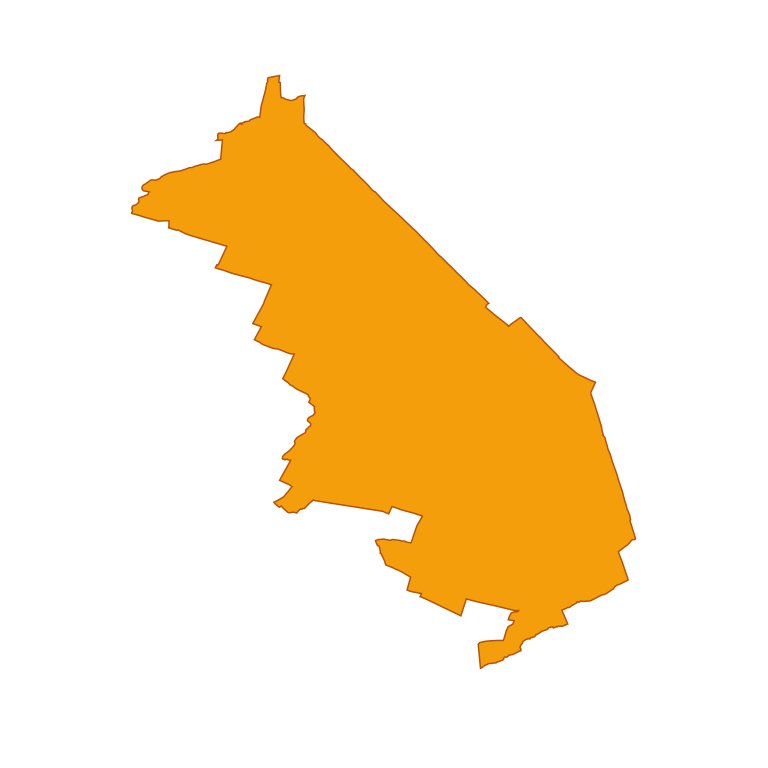 Plugari, Iasi, Romania (Natural Earth projection), rotated 139°
{"feature_id": "2599482B58803848767416", "entity_name": "Plugari", "entity_type": "district", "adm_level": 2, "iso_a3": "ROU", "parent_name": "Romania", "parent_adm1": "Iasi", "projection": "natural_earth1", "projection_center": [27.117, 47.485], "detail": "fine", "context": "isolated", "style": "filled", "palette": "amber", "viewbox_px": 768, "rotation_deg": 139, "n_neighbors": 0, "source": "geoboundaries", "source_scale": "gbopen_adm2", "svg_char_len": 6083}
<svg xmlns="http://www.w3.org/2000/svg" viewBox="0 0 768 768"><g transform="rotate(139 384 384)"><path d="M252.0,376.1L253.0,389.4L253.3,390.9L253.8,396.4L254.9,403.3L255.1,410.2L255.3,411.8L255.3,414.0L255.9,418.7L256.4,427.9L256.9,432.4L257.6,442.6L258.2,446.1L258.3,455.9L258.5,457.0L258.4,458.1L258.6,459.2L258.5,460.3L259.0,465.8L259.8,479.7L260.2,481.9L262.0,502.3L263.1,511.3L264.1,521.1L264.6,534.7L265.3,536.1L265.7,538.7L265.6,544.6L266.7,559.6L267.0,565.9L267.2,567.0L267.9,568.4L267.7,568.8L267.7,571.2L269.0,586.2L269.6,597.0L269.4,599.6L270.0,603.9L270.3,608.8L271.1,611.5L271.3,615.0L270.9,618.8L273.1,630.5L272.4,631.5L273.2,633.2L269.7,637.9L264.2,643.5L258.8,650.5L257.3,652.1L254.4,653.6L258.2,656.2L260.9,657.1L263.4,656.8L267.7,658.5L268.3,659.0L271.2,663.1L272.4,666.1L272.8,666.8L273.7,667.6L271.9,670.5L264.5,679.6L265.4,680.9L260.4,685.3L270.5,691.2L272.7,689.7L273.1,688.6L275.1,687.9L280.1,683.9L294.5,674.2L302.8,666.8L303.6,667.9L304.7,668.7L311.6,671.1L313.3,670.9L317.0,673.3L317.8,673.0L318.2,673.6L319.0,673.8L319.7,673.6L320.1,673.2L321.3,673.5L321.2,673.9L320.7,674.4L320.7,674.8L321.2,675.1L322.9,675.4L328.3,674.8L329.7,674.4L334.7,675.0L337.6,676.6L338.1,677.3L339.8,677.3L342.9,680.8L344.3,681.7L345.3,681.6L346.7,680.4L348.3,678.1L349.3,677.7L350.7,677.8L345.8,674.2L359.9,660.7L361.4,661.5L365.6,662.9L373.9,666.4L375.2,667.9L378.2,669.8L381.0,670.9L384.1,672.5L386.5,673.1L389.0,675.0L390.8,675.5L397.1,678.1L399.6,679.5L402.5,681.5L406.6,683.8L409.0,684.8L413.5,686.0L416.7,686.5L418.2,686.2L421.3,687.0L423.0,687.9L425.4,690.5L426.6,691.0L431.9,691.4L435.2,692.0L436.6,691.7L438.2,690.8L438.7,689.9L438.8,687.7L437.0,685.3L435.1,683.1L438.1,681.9L440.9,683.0L442.1,683.2L446.8,685.2L448.1,684.6L448.3,683.6L449.2,682.5L450.6,682.0L453.1,681.9L454.6,682.3L456.1,683.2L458.2,682.8L459.2,681.7L459.6,680.6L460.5,679.4L461.9,678.9L462.5,678.3L457.6,670.9L456.0,668.0L447.2,654.7L442.7,651.3L439.2,648.2L442.9,644.1L444.1,643.2L439.9,636.4L438.3,635.3L435.4,628.0L432.1,622.2L412.2,591.0L429.9,583.1L431.6,582.6L431.9,583.6L435.1,582.4L433.2,579.1L432.2,577.8L429.1,572.7L427.0,568.8L424.4,564.7L416.0,552.4L413.3,547.6L410.3,542.8L407.3,538.4L403.8,532.8L418.9,525.5L422.4,523.5L443.4,515.7L438.9,507.7L452.8,502.5L450.6,497.4L449.9,494.5L449.3,492.8L444.8,484.4L443.2,482.2L441.1,479.9L439.2,476.5L437.0,471.9L434.6,467.9L432.1,465.5L450.1,457.2L456.9,454.5L456.5,451.6L455.5,448.2L455.5,445.3L455.2,444.2L454.2,442.3L453.7,439.2L452.6,435.9L448.1,425.5L449.1,424.4L449.1,422.1L449.5,421.0L452.7,419.6L451.3,412.4L452.0,412.0L454.1,409.5L454.1,409.1L454.6,408.4L454.7,407.8L455.5,407.3L456.9,407.0L458.3,407.0L462.5,407.9L463.7,407.8L464.8,407.4L465.7,406.6L465.9,405.8L465.4,404.3L465.5,403.8L465.3,402.4L466.1,401.1L466.7,400.7L467.5,400.7L468.6,401.0L471.0,400.6L472.6,400.8L473.6,400.2L474.8,399.1L475.6,398.9L479.6,399.8L484.9,400.6L487.5,400.1L489.1,399.5L489.5,399.1L489.9,397.7L490.3,397.3L492.6,396.4L498.4,395.8L505.7,396.1L507.9,395.8L509.5,394.6L509.7,394.4L509.7,393.8L508.9,392.7L508.5,391.7L507.2,391.5L506.5,391.0L506.2,389.8L504.5,387.6L526.0,379.8L521.3,369.5L520.8,366.9L531.8,364.9L533.9,364.7L540.2,365.8L544.7,367.0L544.8,365.8L544.5,362.6L543.9,360.0L543.6,359.5L541.6,359.4L541.6,356.9L540.9,350.6L540.6,349.8L540.0,349.0L536.3,346.6L534.6,343.9L530.1,344.6L529.0,344.2L528.0,343.4L526.8,343.2L525.8,342.3L518.1,342.9L513.4,342.8L512.9,341.7L508.3,336.1L469.3,289.7L468.6,288.9L465.7,282.9L458.4,286.3L455.4,281.3L453.8,278.2L446.1,266.7L441.7,259.1L452.4,255.3L467.3,246.6L467.9,246.5L470.5,249.6L471.6,252.0L473.6,253.8L474.6,255.5L479.7,261.2L481.6,261.8L482.3,262.4L485.9,267.1L490.8,270.6L493.1,271.4L493.9,269.7L494.9,266.2L494.0,265.1L495.6,261.7L496.7,260.0L497.9,258.7L497.4,258.2L499.9,249.2L500.5,248.5L501.3,246.2L497.7,239.2L496.3,235.6L496.1,235.6L495.3,234.0L493.9,230.6L490.9,221.5L490.5,220.9L501.7,213.4L500.5,210.9L498.9,208.5L493.2,201.3L496.3,199.8L494.9,197.4L490.5,187.5L478.1,158.6L462.9,167.8L457.2,159.4L444.5,142.1L435.4,129.2L434.0,127.3L432.3,125.6L431.1,124.8L432.6,124.4L433.8,125.6L437.2,127.4L438.5,127.7L443.1,125.7L444.9,124.5L441.2,120.3L441.2,119.8L444.4,118.3L449.4,119.4L453.5,117.6L460.1,113.3L462.3,112.2L465.5,115.1L471.4,119.8L476.3,123.3L481.3,126.0L483.7,125.7L497.7,106.1L496.5,105.7L492.5,105.5L490.4,104.7L488.4,104.3L487.6,103.8L485.9,102.3L484.2,101.5L482.5,100.0L480.3,99.9L480.0,99.4L476.6,98.1L474.5,97.6L473.2,98.7L472.1,98.8L470.4,97.2L467.3,97.2L464.4,95.4L462.5,95.0L461.8,94.6L459.3,94.2L458.6,93.8L457.2,93.7L455.7,92.9L455.5,93.5L455.2,93.4L454.8,93.7L454.2,96.0L453.7,96.4L451.2,97.3L449.6,97.5L448.1,98.5L444.3,98.1L441.5,96.5L441.2,95.9L440.8,95.9L440.4,96.4L439.8,96.3L438.2,95.3L436.1,94.6L434.7,94.7L434.5,95.1L434.2,95.1L432.1,94.4L429.8,94.2L428.8,93.8L428.5,94.2L428.0,94.1L422.0,91.7L421.0,91.6L420.5,91.9L419.6,92.0L418.1,91.0L417.3,91.0L416.1,90.1L416.0,89.9L416.4,89.3L416.0,88.6L412.9,87.7L412.7,87.1L410.9,86.6L410.6,85.9L409.4,85.1L408.2,84.1L407.0,83.6L405.6,83.5L405.0,82.9L403.5,82.7L402.8,82.3L399.5,92.3L398.3,96.5L397.6,96.5L393.7,95.1L391.8,94.9L391.5,94.2L390.8,93.9L389.4,93.6L387.6,93.6L382.2,92.4L381.6,92.8L381.0,92.7L380.4,91.6L379.4,91.4L379.1,91.1L377.8,91.1L376.2,89.1L370.5,84.9L358.1,81.9L356.1,80.8L353.9,80.0L345.0,78.9L342.9,79.6L340.4,79.4L336.3,77.9L328.8,76.0L328.2,76.0L321.5,92.1L317.2,103.7L304.9,102.8L302.6,103.1L299.7,103.7L298.3,103.2L296.7,102.1L296.0,102.1L295.6,102.3L288.1,119.3L287.6,119.8L287.1,119.6L284.6,123.8L282.4,130.5L280.4,134.5L278.4,139.1L274.8,146.1L270.1,157.6L267.0,164.2L262.6,175.7L259.5,182.2L257.6,188.2L256.0,191.0L254.9,193.8L252.7,198.0L252.4,198.8L252.3,201.6L251.9,201.9L249.7,206.3L247.7,209.4L238.2,230.9L234.4,240.7L233.7,241.8L223.2,246.6L225.8,251.5L230.7,262.7L231.6,265.6L233.3,276.6L234.9,288.9L234.9,289.4L234.2,289.7L234.6,298.0L235.4,310.2L235.5,317.0L235.8,317.4L236.2,325.8L237.0,344.1L237.4,344.7L248.5,345.8L252.3,345.9L252.3,346.3L252.0,346.6L252.0,347.3L255.1,363.5L257.0,375.4L253.9,376.5L252.0,376.1Z" fill="#f59e0b" stroke="#b45309" stroke-width="1.5"/></g></svg>